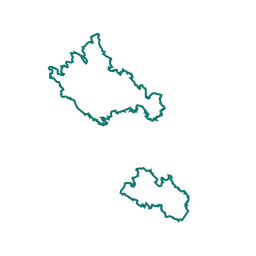 the district of Acatlán, Puebla, Mexico, rotated 308°
{"feature_id": "50627088B33588615579105", "entity_name": "Acatlán", "entity_type": "district", "adm_level": 2, "iso_a3": "MEX", "parent_name": "Mexico", "parent_adm1": "Puebla", "projection": "equal_earth", "projection_center": [-98.098, 18.124], "detail": "fine", "context": "isolated", "style": "outline", "palette": "teal", "viewbox_px": 256, "rotation_deg": 308, "n_neighbors": 0, "source": "geoboundaries", "source_scale": "gbopen_adm2", "svg_char_len": 5882}
<svg xmlns="http://www.w3.org/2000/svg" viewBox="0 0 256 256"><g transform="rotate(308 128 128)"><path d="M113.4,102.6L114.9,106.2L115.3,106.0L115.0,107.0L115.5,107.2L115.4,106.1L116.0,106.3L116.3,105.7L117.0,107.5L117.8,107.8L117.8,108.6L119.2,108.6L119.2,105.9L119.8,104.8L119.0,103.8L118.6,104.3L118.4,103.5L118.8,102.4L119.8,102.1L119.7,100.8L121.0,102.0L121.0,103.7L123.0,106.7L123.0,107.5L124.4,106.9L124.7,105.6L125.3,106.7L126.9,107.8L128.7,105.8L130.6,104.9L134.1,107.5L132.8,109.2L133.1,109.5L133.1,110.9L134.4,110.6L136.1,112.3L137.3,112.6L138.5,113.7L138.9,115.2L139.7,114.4L145.3,117.4L144.2,118.5L144.7,118.6L144.9,119.5L144.4,119.0L143.4,119.1L144.4,119.6L144.3,120.5L143.7,120.5L143.6,122.4L144.0,123.0L144.6,122.7L145.1,123.3L145.5,123.1L146.0,124.2L146.8,123.3L147.7,123.9L147.9,122.9L148.7,122.6L149.0,123.3L149.4,123.1L149.2,122.0L150.2,121.3L151.8,121.3L153.5,125.7L153.5,127.4L152.9,128.3L152.4,131.2L151.8,131.0L151.4,132.4L151.0,132.3L151.6,133.1L151.0,133.3L151.4,134.2L150.5,134.2L151.1,135.5L150.0,135.3L149.5,136.3L148.7,136.0L148.1,135.1L147.5,138.6L148.8,139.8L148.2,140.2L148.8,141.2L148.5,142.7L149.9,143.2L151.4,142.4L151.8,143.7L151.5,144.8L151.8,145.6L152.4,144.2L153.5,143.6L154.0,144.4L154.9,144.6L155.2,144.1L156.8,145.8L158.3,145.3L158.9,146.7L159.4,146.0L160.2,145.9L160.3,144.4L161.5,143.0L163.7,144.3L164.0,144.4L164.0,143.8L164.5,144.1L164.9,143.8L165.9,144.8L166.7,143.9L167.1,142.0L166.7,140.7L167.5,138.9L167.6,137.7L169.0,137.5L169.7,135.8L171.1,135.2L171.1,134.6L173.4,134.7L174.6,134.0L172.3,129.1L172.4,128.6L170.8,126.3L166.8,125.4L165.1,126.5L164.3,126.4L164.6,125.0L163.9,124.5L164.0,124.0L163.6,124.3L163.7,123.6L163.3,123.1L169.8,117.7L169.4,115.5L169.8,113.6L170.4,113.2L169.9,112.7L170.0,112.2L168.4,111.5L166.5,113.2L165.9,113.0L166.1,110.5L166.8,110.0L167.2,108.8L166.2,107.2L167.9,105.0L168.8,99.3L169.6,100.2L170.7,100.5L171.1,100.0L170.9,99.1L172.4,98.3L172.3,97.2L172.7,96.7L171.9,95.9L171.9,94.1L171.5,93.5L171.0,93.7L171.2,93.0L170.9,92.9L171.5,92.0L170.9,89.6L171.0,88.1L169.5,89.1L168.0,88.3L167.1,89.3L167.6,87.9L166.6,87.6L165.3,90.1L165.3,85.8L165.9,84.2L166.9,83.7L166.9,83.2L165.1,81.5L164.3,81.1L163.9,81.6L162.0,78.4L162.4,76.3L164.0,75.5L164.0,77.0L165.3,77.4L166.1,76.9L166.4,77.5L167.4,74.2L169.3,73.4L170.4,72.0L171.6,72.7L172.3,71.8L171.0,66.3L171.4,64.3L170.9,63.0L171.7,62.7L171.9,63.2L172.9,62.2L173.5,62.5L173.0,59.9L174.1,59.0L175.1,56.7L175.0,55.9L177.0,53.0L180.3,51.1L180.3,49.6L181.1,48.4L183.0,48.3L183.9,46.7L182.7,45.6L181.8,45.5L181.1,44.4L179.3,44.1L178.5,43.2L177.8,43.5L176.8,43.0L174.4,46.1L173.6,47.7L172.7,46.7L172.7,45.3L171.3,44.2L169.0,43.6L165.9,43.8L163.8,42.5L163.0,44.4L162.1,43.8L160.6,44.6L159.9,47.8L159.2,48.7L158.2,49.3L157.2,48.5L156.7,49.2L156.5,52.4L155.7,54.4L153.5,55.3L152.9,55.1L153.4,52.6L155.1,47.9L156.2,46.4L155.7,46.1L155.8,44.3L155.0,40.0L154.8,40.5L153.1,38.7L151.9,37.1L151.8,36.2L151.3,38.3L150.2,39.9L150.2,40.8L147.1,41.8L147.0,42.6L146.1,43.8L144.4,42.8L142.9,39.3L141.9,38.7L140.9,39.5L139.9,42.0L139.0,43.0L138.4,42.7L137.8,40.8L137.9,39.1L136.7,38.4L136.0,38.9L135.4,37.6L134.5,39.2L133.4,39.3L132.1,40.5L131.1,40.4L130.5,42.0L131.1,44.4L129.6,44.4L127.5,39.4L128.5,38.2L130.4,37.1L130.2,33.8L129.3,32.1L129.5,30.8L128.2,28.9L126.4,28.7L125.8,30.3L127.2,32.3L127.1,32.8L124.5,34.5L123.1,33.3L122.5,33.4L121.3,34.6L121.4,35.3L120.5,34.9L119.7,35.6L120.6,37.8L121.4,38.6L120.6,43.2L120.7,44.1L121.7,45.4L120.0,48.0L119.2,48.5L119.6,48.9L118.9,50.7L119.2,52.2L118.6,53.4L115.9,52.5L114.2,54.3L113.3,54.5L113.4,55.0L112.7,55.2L112.2,56.1L112.2,57.4L114.5,59.6L115.0,61.5L114.6,62.2L115.1,62.8L115.2,64.2L116.1,64.0L115.7,66.0L116.6,67.4L116.4,69.1L114.5,71.9L112.5,76.3L112.5,84.2L112.1,85.3L112.5,85.1L112.9,86.4L114.0,87.2L114.0,88.7L113.4,90.1L114.8,89.1L114.4,91.2L113.7,91.8L114.0,93.1L113.7,95.2L112.8,95.9L113.6,96.9L114.6,96.6L114.7,97.7L115.1,98.0L114.5,99.0L115.0,99.1L114.5,100.1L114.5,101.5L114.8,102.0L114.6,103.0L113.6,102.1L113.4,102.6ZM100.4,223.8L101.0,223.5L100.9,222.9L101.7,222.2L101.7,221.6L102.4,222.2L103.3,222.1L103.4,221.2L103.7,221.7L104.0,221.1L103.6,220.3L106.0,219.9L106.2,220.4L107.4,219.4L107.1,219.9L108.0,220.2L110.1,218.9L110.0,217.9L111.3,217.6L110.9,217.2L111.5,216.1L111.5,215.1L112.3,214.5L112.3,213.4L111.3,212.8L112.7,212.1L113.0,211.0L110.9,209.4L110.7,205.4L111.7,205.2L111.9,204.4L110.5,201.5L111.3,201.3L111.8,199.1L111.7,197.1L112.8,196.6L113.9,193.1L115.8,193.1L116.6,191.0L115.6,189.0L114.0,191.0L112.5,191.1L110.5,190.3L109.9,188.6L109.9,185.9L109.5,185.1L109.0,185.4L108.4,186.9L107.5,186.5L106.9,189.1L105.2,188.4L103.3,189.8L101.6,189.0L101.2,187.0L101.9,182.7L104.1,183.3L105.7,182.6L106.2,176.0L107.3,175.7L107.0,173.6L108.7,171.8L107.2,171.5L107.3,170.7L105.6,169.2L106.0,164.7L104.3,163.9L103.6,162.4L103.0,161.6L102.0,161.4L101.2,160.0L100.0,160.3L99.9,162.7L98.9,163.9L97.4,164.0L96.6,165.4L92.4,163.3L91.5,162.1L91.0,162.4L90.5,164.4L89.2,165.5L89.1,167.1L87.7,168.2L87.3,166.7L86.9,166.6L85.4,168.6L84.6,167.6L84.4,165.9L85.5,165.5L86.3,163.9L85.3,163.2L84.4,161.3L82.4,159.7L79.7,161.2L74.3,161.2L72.3,162.1L72.5,163.7L72.1,164.8L73.7,165.2L74.1,165.8L73.5,167.3L74.3,171.3L73.9,172.0L74.3,173.3L74.1,176.1L74.9,175.9L75.4,176.3L76.6,180.2L74.1,181.3L73.9,184.1L74.4,185.2L74.2,186.7L75.1,187.3L76.0,186.4L76.8,186.6L76.4,187.2L75.7,189.7L79.9,188.7L78.9,193.9L77.9,194.4L79.4,195.6L81.6,194.3L82.4,194.3L82.2,195.3L83.0,196.0L82.9,196.8L83.3,198.0L84.2,198.5L84.7,199.6L85.0,199.2L85.3,200.0L85.9,199.9L86.8,201.0L87.0,200.6L87.7,201.7L87.0,203.0L86.1,202.9L84.9,203.8L85.0,204.2L84.0,204.7L84.2,205.3L83.7,206.1L83.8,207.7L83.5,208.1L83.9,208.3L84.0,209.5L81.3,212.2L81.9,212.7L82.1,213.8L84.1,215.0L84.9,217.2L84.8,218.7L85.3,218.9L84.9,220.4L86.4,222.8L85.8,223.8L85.9,225.1L86.8,224.6L88.2,225.3L88.5,227.3L99.6,226.7L100.4,223.8Z" fill="none" stroke="#0f766e" stroke-width="2"/></g></svg>